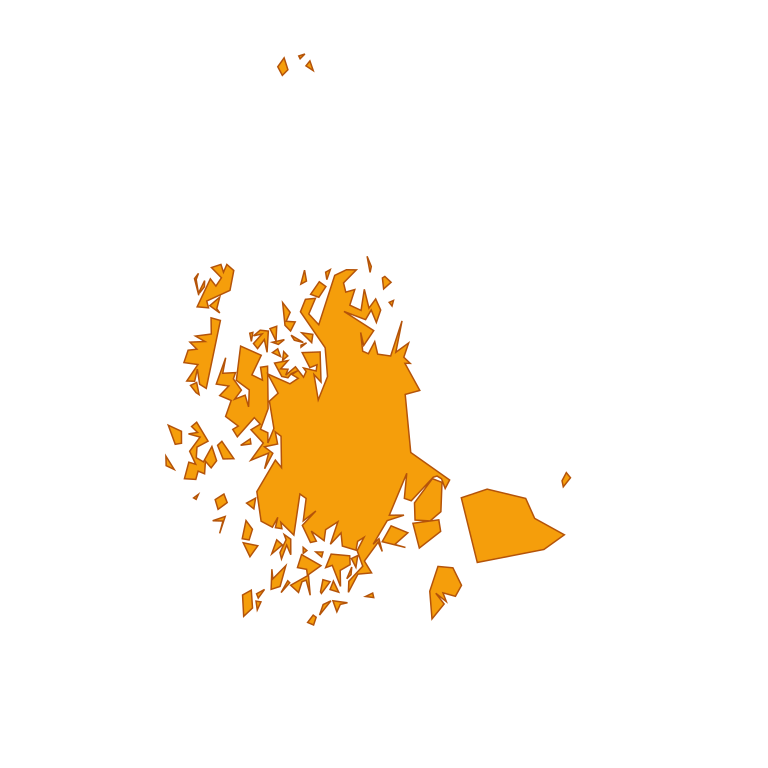 Cat Hai, Quảng Ninh, Vietnam, rotated 204°
{"feature_id": "81297802B5756602808944", "entity_name": "Cat Hai", "entity_type": "district", "adm_level": 2, "iso_a3": "VNM", "parent_name": "Vietnam", "parent_adm1": "Quảng Ninh", "projection": "equal_earth", "projection_center": [107.044, 20.763], "detail": "fine", "context": "isolated", "style": "filled", "palette": "amber", "viewbox_px": 768, "rotation_deg": 204, "n_neighbors": 0, "source": "geoboundaries", "source_scale": "gbopen_adm2", "svg_char_len": 6232}
<svg xmlns="http://www.w3.org/2000/svg" viewBox="0 0 768 768"><g transform="rotate(204 384 384)"><path d="M331.8,179.2L330.5,199.7L318.5,206.4L329.9,214.3L325.0,237.1L317.5,230.3L325.7,240.6L328.7,233.2L325.5,260.5L312.4,272.3L325.8,266.3L326.9,311.7L318.9,287.8L311.6,288.4L301.1,318.9L298.1,321.5L292.9,320.8L285.6,313.4L285.0,323.0L331.7,332.3L360.4,383.1L348.7,392.7L373.3,411.4L368.5,413.5L376.8,416.5L378.2,431.5L386.1,417.8L393.2,449.0L389.3,412.3L401.9,408.7L409.7,418.9L410.6,405.3L416.8,405.3L426.3,421.6L418.2,411.0L415.1,428.6L450.1,434.0L427.0,435.3L425.8,446.4L416.0,437.1L417.1,450.2L426.2,458.3L428.6,447.2L440.5,462.5L434.9,441.9L447.3,442.1L449.1,458.4L456.3,452.4L462.1,459.9L455.7,477.0L464.8,473.1L473.2,463.2L467.7,411.6L481.2,417.4L481.5,434.4L490.2,429.4L489.7,416.0L452.5,393.2L438.6,367.8L437.6,342.7L451.8,364.2L442.3,360.1L455.4,387.3L471.5,379.4L458.4,368.8L453.0,374.3L451.3,368.3L464.0,365.9L460.2,363.7L460.3,357.5L471.9,363.7L477.4,352.1L477.7,358.4L484.6,355.8L481.2,366.4L492.5,358.6L480.5,349.3L474.3,350.6L473.0,355.7L468.1,361.2L472.0,355.2L464.7,354.3L470.0,345.9L494.2,345.9L477.0,332.5L481.7,321.7L466.5,298.6L466.1,282.9L470.3,292.2L478.4,292.4L479.8,314.3L497.6,352.9L503.6,349.1L496.6,338.1L508.4,338.6L507.8,360.3L530.4,360.3L520.4,327.3L504.7,323.8L498.4,308.0L506.3,317.3L514.3,309.3L511.8,320.4L523.7,327.4L524.3,334.0L535.7,328.2L539.3,343.6L537.2,315.7L525.0,319.0L529.4,306.6L516.9,306.8L515.5,289.9L500.0,286.3L503.7,281.0L496.5,276.1L488.8,300.5L480.7,297.0L486.9,288.1L470.3,281.0L474.7,260.1L461.3,274.0L458.6,258.0L457.4,275.5L467.7,278.0L456.8,285.9L463.9,296.1L456.8,294.4L443.6,265.9L452.3,270.3L456.4,234.0L440.5,208.7L427.7,207.8L426.8,219.0L424.8,208.6L418.4,210.3L422.0,215.7L404.9,209.3L416.1,249.3L408.6,247.8L402.1,226.1L394.6,240.3L401.1,221.6L386.7,209.3L381.9,212.9L390.6,220.0L375.0,216.5L378.1,227.2L370.1,239.4L367.8,215.8L362.7,230.5L356.1,219.0L342.0,220.8L344.1,229.5L339.9,235.8L340.7,220.8L329.3,208.9L335.9,189.5L331.8,179.2ZM157.9,319.6L191.7,322.5L208.0,337.1L247.0,329.9L267.1,311.5L226.2,258.9L170.6,297.9L157.9,319.6ZM565.4,306.5L558.1,309.5L560.6,321.7L552.3,308.8L544.6,307.7L559.3,375.5L568.9,374.1L562.1,359.4L575.7,351.1L564.8,350.0L578.3,343.3L569.1,339.7L576.7,335.2L575.5,322.2L561.9,326.1L565.4,306.5ZM257.9,213.3L244.6,188.9L239.6,207.5L251.6,213.9L238.6,210.6L245.2,217.2L232.4,219.1L231.3,231.6L246.3,244.1L260.5,239.3L257.9,213.3ZM307.8,287.8L300.3,272.3L286.2,277.7L280.1,290.5L291.0,317.7L301.3,317.2L307.8,287.8ZM586.1,378.5L575.3,382.2L579.7,387.7L562.8,406.9L567.4,426.6L576.2,429.3L576.1,420.8L581.6,426.9L589.0,420.2L575.7,414.9L577.4,405.1L585.4,409.4L586.1,378.5ZM527.8,216.3L517.1,220.3L518.4,228.8L511.4,229.0L515.7,240.8L507.8,237.1L505.7,245.8L515.8,256.9L517.3,239.4L525.5,240.3L529.2,250.3L521.5,260.2L539.6,272.9L542.5,266.9L534.6,263.9L542.3,258.9L530.4,260.7L534.2,243.5L523.4,234.1L530.5,233.2L527.8,216.3ZM300.9,268.5L285.0,248.5L272.3,272.4L278.7,282.2L300.9,268.5ZM387.4,162.2L377.3,158.8L378.5,170.1L375.3,173.1L365.5,161.0L375.5,179.1L367.7,192.4L389.9,194.6L388.4,181.1L379.3,183.2L375.9,177.7L387.4,162.2ZM341.4,181.4L348.2,195.9L341.5,205.2L345.4,213.1L363.1,207.1L362.6,192.5L357.5,197.3L341.4,181.4ZM321.5,239.2L297.9,243.4L308.9,241.8L301.7,257.8L319.8,257.3L321.5,239.2ZM503.7,365.4L511.2,385.3L519.0,382.8L522.8,374.9L515.7,380.2L519.7,367.9L513.9,364.9L511.4,375.9L503.7,365.4ZM403.6,150.5L396.6,156.8L399.8,178.1L406.3,160.8L411.1,169.2L403.6,150.5ZM427.4,133.7L417.7,114.7L413.0,125.9L421.4,141.7L427.4,133.7ZM500.5,250.1L490.8,254.7L508.8,265.7L511.1,260.3L500.5,250.1ZM410.5,187.7L406.5,182.5L407.4,197.3L399.7,190.1L406.1,204.3L414.0,205.9L410.1,201.9L410.5,187.7ZM450.6,185.0L443.8,186.7L445.1,197.8L454.5,203.1L450.6,185.0ZM564.3,258.6L550.2,244.0L544.9,247.5L549.8,258.4L564.3,258.6ZM490.9,394.4L490.4,404.6L498.9,401.5L498.9,411.3L509.7,417.1L498.3,397.3L490.9,394.4ZM448.0,181.7L436.2,171.7L433.5,184.9L448.0,181.7ZM475.4,193.3L473.4,180.7L475.2,198.4L484.9,189.4L475.4,193.3ZM484.6,202.0L479.0,211.9L485.5,218.4L491.2,209.7L484.6,202.0ZM344.3,164.3L349.9,157.8L348.9,146.7L344.3,164.3ZM610.1,630.6L602.4,624.6L599.6,632.0L607.9,641.3L610.1,630.6ZM487.5,436.1L478.8,436.7L476.7,449.4L484.7,451.1L487.5,436.1ZM423.0,470.7L418.9,479.8L427.0,482.6L428.6,480.2L423.0,470.7ZM505.5,393.1L510.7,388.2L500.2,379.5L505.5,393.1ZM334.4,156.7L334.3,164.9L328.4,169.3L342.5,165.2L334.4,156.7ZM454.9,227.5L461.1,219.3L452.1,217.0L454.9,227.5ZM181.4,377.2L182.0,368.0L178.4,363.0L175.5,374.2L181.4,377.2ZM480.0,397.3L466.9,392.4L469.2,400.4L480.0,397.3ZM575.0,384.7L562.9,382.1L567.4,384.8L569.4,396.5L575.0,384.7ZM342.8,211.3L335.1,205.1L338.2,216.6L342.8,211.3ZM418.6,198.0L417.5,183.1L411.4,195.7L418.6,198.0ZM600.0,403.2L589.3,389.7L598.1,403.1L598.5,409.6L600.0,403.2ZM483.9,279.4L490.0,269.7L481.2,275.1L483.9,279.4ZM560.2,304.0L552.2,299.7L548.6,299.1L555.8,309.2L560.2,304.0ZM356.8,135.1L350.3,135.2L351.1,143.3L354.7,144.1L356.8,135.1ZM360.2,180.4L357.5,168.3L356.0,167.2L352.9,181.4L360.2,180.4ZM549.8,220.8L540.9,220.6L553.9,229.4L549.8,220.8ZM589.9,405.5L590.4,392.5L589.5,392.3L587.6,399.7L589.9,405.5ZM483.7,387.5L474.6,389.1L488.7,390.8L483.7,387.5ZM498.7,367.3L489.7,367.0L495.4,372.9L498.7,367.3ZM527.3,375.8L522.5,369.0L524.8,377.8L527.3,375.8ZM412.6,133.6L407.9,126.1L407.8,134.9L412.6,133.6ZM339.0,203.7L338.8,191.0L336.6,196.4L339.0,203.7ZM496.6,377.2L493.1,384.0L503.0,376.7L496.6,377.2ZM451.4,493.8L442.1,480.3L443.4,486.2L451.4,493.8ZM391.9,165.1L393.2,151.6L389.3,164.1L391.9,165.1ZM502.9,455.7L500.6,441.4L496.7,446.5L502.9,455.7ZM409.6,147.7L415.1,140.5L411.8,137.3L409.6,147.7ZM378.0,202.8L370.6,200.6L371.4,205.7L378.0,202.8ZM350.1,183.4L349.7,174.3L340.7,175.4L350.1,183.4ZM314.4,182.4L306.5,184.7L309.3,188.4L314.4,182.4ZM584.7,642.9L576.1,641.5L583.1,649.0L584.7,642.9ZM590.5,653.3L595.3,649.0L592.9,647.0L590.5,653.3ZM386.7,200.5L391.4,201.9L388.9,196.4L386.7,200.5ZM474.8,383.9L471.5,390.1L475.6,385.7L474.8,383.9ZM488.8,372.8L486.3,364.4L483.3,370.5L488.8,372.8ZM482.8,462.4L478.7,456.1L479.6,466.7L482.8,462.4ZM508.7,202.2L508.7,207.7L511.6,202.5L508.7,202.2ZM409.3,464.2L412.5,460.7L408.4,458.5L409.3,464.2Z" fill="#f59e0b" stroke="#b45309" stroke-width="1.5"/></g></svg>